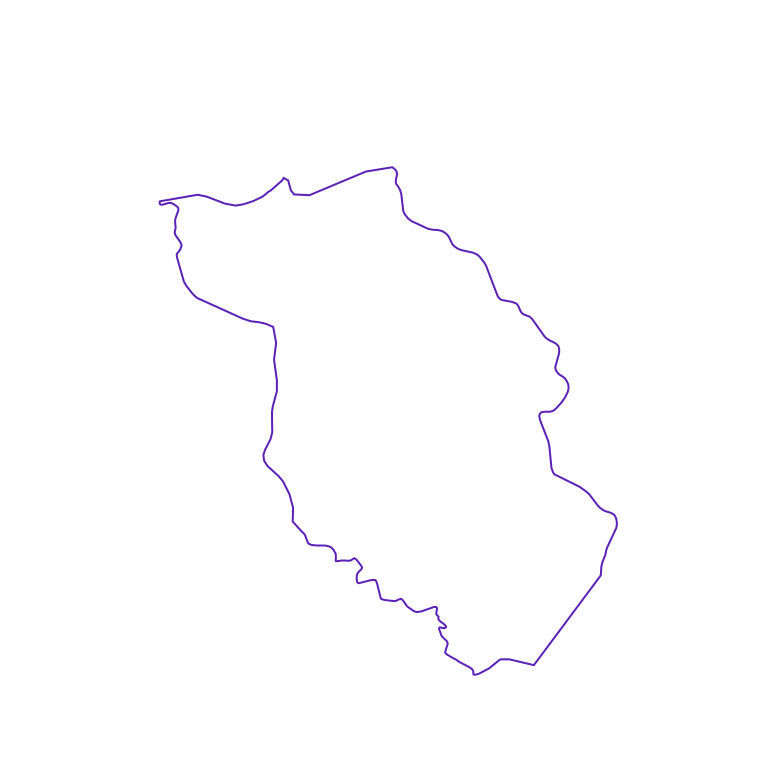 outline of River Cess, rotated 127°
{"feature_id": "LBR-792", "entity_name": "River Cess", "entity_type": "County", "adm_level": 1, "iso_a3": "LBR", "parent_name": "Liberia", "parent_adm1": "", "projection": "mercator", "projection_center": [-9.35, 5.813], "detail": "fine", "context": "isolated", "style": "outline", "palette": "violet", "viewbox_px": 768, "rotation_deg": 127, "n_neighbors": 0, "source": "natural_earth", "source_scale": "10m", "svg_char_len": 3908}
<svg xmlns="http://www.w3.org/2000/svg" viewBox="0 0 768 768"><g transform="rotate(127 384 384)"><path d="M372.9,672.9L345.0,646.7L341.2,638.7L335.6,619.4L330.8,609.9L325.2,604.5L316.6,598.5L307.3,593.7L299.5,591.8L298.0,591.0L283.0,587.9L279.8,588.1L279.1,583.0L285.4,575.0L286.7,569.9L278.1,557.2L225.2,526.3L205.9,507.8L205.9,507.6L205.9,505.1L206.3,503.0L207.2,501.2L209.3,499.4L212.6,498.0L215.1,496.6L216.9,494.7L217.9,491.3L219.3,488.1L221.8,484.6L234.0,473.0L235.8,470.0L237.2,464.9L237.4,461.7L237.2,459.2L233.7,442.8L231.9,438.7L228.3,433.0L227.4,431.0L226.8,428.9L226.6,426.6L226.6,424.5L226.9,422.4L227.7,420.3L231.1,413.7L231.5,412.4L231.7,410.9L231.6,407.6L231.4,405.8L230.2,402.1L225.6,392.1L224.7,388.2L224.6,386.3L224.8,384.2L226.5,377.6L228.1,373.7L245.4,346.1L246.0,344.3L246.3,342.5L246.0,340.5L241.3,331.0L240.2,327.2L240.3,325.4L241.0,323.4L243.8,318.5L244.4,316.3L244.4,314.3L242.7,308.8L242.7,306.9L242.9,304.9L249.4,284.5L249.4,284.4L249.7,282.6L249.7,279.1L249.4,277.3L248.9,275.4L248.3,271.6L248.4,269.4L248.9,267.3L250.9,264.9L254.0,262.7L267.4,257.4L269.3,255.6L270.6,252.1L270.9,249.4L270.5,244.8L270.8,242.7L271.4,240.4L272.5,238.2L273.9,236.0L276.4,234.0L279.6,232.5L285.3,231.4L291.4,231.1L299.0,231.7L302.7,232.5L304.6,233.4L306.3,234.8L308.9,238.3L310.3,239.9L312.0,241.3L314.1,241.6L316.3,240.7L319.3,237.0L330.8,218.4L334.0,214.7L350.3,199.7L352.6,196.2L353.6,193.6L348.4,165.9L348.2,157.8L348.5,154.0L352.3,140.4L352.9,136.8L352.8,133.1L352.5,131.3L351.9,129.4L350.5,125.8L350.1,123.9L349.9,122.1L350.3,120.3L351.3,118.3L352.7,116.4L355.1,114.2L357.2,112.8L359.4,111.8L380.7,107.3L383.1,106.4L387.1,104.5L395.1,102.2L398.9,100.6L406.4,95.7L518.3,95.1L528.5,118.3L533.7,125.1L535.4,125.8L548.1,129.0L558.0,133.7L561.2,136.0L562.1,137.8L559.4,140.1L558.7,142.4L558.8,145.6L560.6,156.3L560.8,158.8L560.7,160.0L560.9,161.7L561.4,164.3L562.1,170.2L562.1,171.9L562.0,173.0L561.6,173.4L560.4,174.2L553.3,176.7L552.3,177.7L551.5,179.3L550.8,185.4L550.2,187.1L549.1,188.5L546.9,192.0L546.2,192.9L545.4,193.1L544.8,192.9L544.2,192.0L543.5,190.1L542.4,188.8L541.6,188.2L540.5,188.3L540.0,189.4L539.7,191.7L539.7,196.1L539.4,198.3L538.6,199.5L537.7,200.0L537.0,200.5L536.5,203.1L536.2,203.8L535.7,204.3L533.0,205.6L531.1,206.8L530.7,207.9L531.3,209.1L532.3,210.1L543.2,217.4L545.9,220.0L546.9,221.7L547.4,223.4L547.7,230.6L547.6,231.9L545.5,238.3L545.3,239.8L545.3,240.8L545.6,241.2L547.2,242.6L550.2,244.0L551.5,245.6L555.9,253.1L556.9,255.4L557.3,256.9L556.6,258.2L556.0,259.0L547.3,269.7L546.2,271.6L545.9,272.5L545.9,273.2L546.9,274.6L549.4,277.2L558.0,284.0L558.5,284.8L558.5,285.8L557.8,286.8L555.9,288.7L554.5,289.7L552.7,290.7L551.3,291.1L549.9,291.2L545.8,290.7L544.6,290.7L543.9,290.9L543.5,291.4L542.9,292.8L541.0,299.5L540.8,301.4L541.0,302.8L541.8,303.2L542.7,303.7L543.8,303.9L544.8,304.4L545.8,305.1L547.1,306.8L548.5,309.0L550.3,311.4L551.3,312.5L552.5,313.5L554.1,315.2L554.3,316.0L553.6,316.8L552.4,317.3L548.6,320.5L546.7,324.8L546.3,327.3L546.6,329.8L548.2,333.4L553.7,340.9L556.2,345.1L556.7,347.4L556.6,349.1L552.2,356.2L551.8,357.4L551.2,361.7L548.8,374.1L537.6,382.1L528.9,393.2L522.5,406.2L521.0,412.9L519.6,427.7L517.4,433.6L513.3,437.6L508.2,439.4L496.8,441.3L490.1,444.0L473.8,456.6L469.1,459.2L454.3,465.2L445.8,471.5L430.7,486.5L416.1,494.9L405.1,506.8L407.0,514.5L410.1,521.4L414.0,528.0L416.8,536.1L427.7,584.8L427.6,587.6L426.9,592.2L424.5,601.1L422.5,605.6L407.6,625.3L405.5,627.4L404.7,627.7L403.7,627.8L402.3,627.6L400.1,627.7L398.2,628.0L395.2,629.0L393.9,630.6L392.8,633.2L391.2,638.5L390.1,641.0L388.6,642.6L385.7,643.9L384.3,644.7L380.6,648.1L379.8,648.7L378.6,649.5L376.9,650.3L369.1,652.7L367.8,653.7L367.0,654.8L366.9,655.8L366.8,657.4L367.0,660.5L367.5,662.6L367.8,663.5L368.5,664.3L369.2,665.1L373.9,668.6L375.0,670.0L375.2,670.8L374.9,671.6L373.7,672.8L373.0,672.9L372.9,672.9Z" fill="none" stroke="#5b21b6" stroke-width="2"/></g></svg>